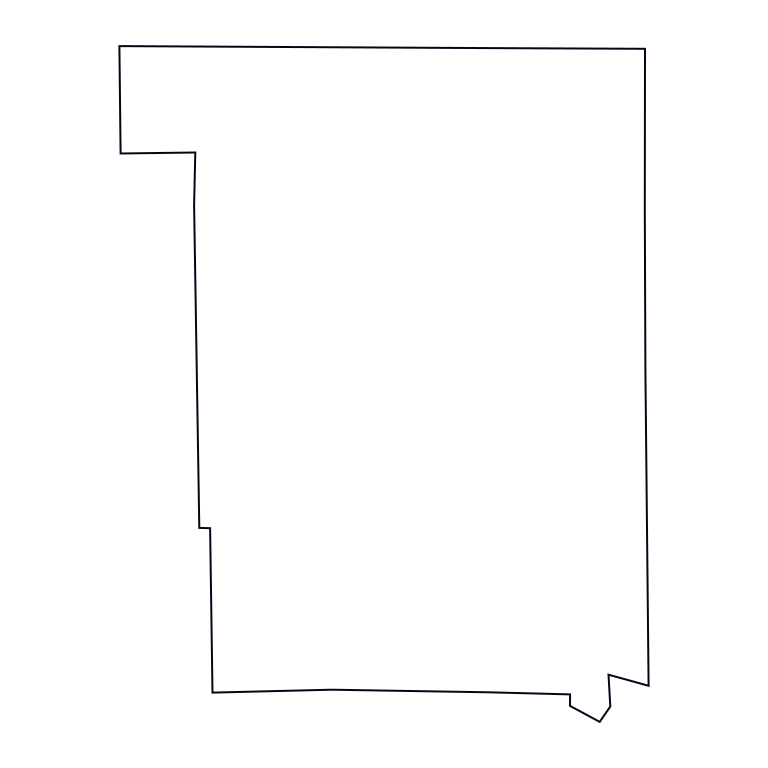 Monroe, Indiana, United States of America, rotated 180°
{"feature_id": "52423323B82693646603832", "entity_name": "Monroe", "entity_type": "district", "adm_level": 2, "iso_a3": "USA", "parent_name": "United States of America", "parent_adm1": "Indiana", "projection": "albers", "projection_center": [-86.52, 39.173], "detail": "fine", "context": "isolated", "style": "outline", "palette": "ink", "viewbox_px": 768, "rotation_deg": 180, "n_neighbors": 0, "source": "geoboundaries", "source_scale": "gbopen_adm2", "svg_char_len": 397}
<svg xmlns="http://www.w3.org/2000/svg" viewBox="0 0 768 768"><g transform="rotate(180 384 384)"><path d="M647.4,614.5L572.7,615.5L573.9,562.7L568.7,240.1L557.9,239.8L555.5,75.4L436.2,78.3L279.0,75.7L197.9,73.6L198.0,62.1L168.3,46.1L157.7,61.5L159.5,93.3L119.4,82.2L122.6,397.9L123.2,557.1L123.0,719.2L279.7,719.9L648.6,721.9L647.4,614.5Z" fill="none" stroke="#020617" stroke-width="2"/></g></svg>